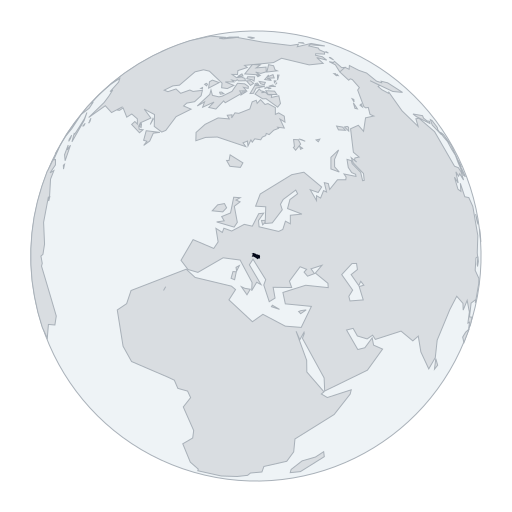 Kärnten on an orthographic globe, rotated 19°
{"feature_id": "AUT-2325", "entity_name": "Kärnten", "entity_type": "State", "adm_level": 1, "iso_a3": "AUT", "parent_name": "Austria", "parent_adm1": "", "projection": "orthographic", "projection_center": [13.787, 46.758], "detail": "fine", "context": "on_globe", "style": "filled", "palette": "ink", "viewbox_px": 512, "rotation_deg": 19, "n_neighbors": 0, "source": "natural_earth", "source_scale": "10m", "svg_char_len": 11430}
<svg xmlns="http://www.w3.org/2000/svg" viewBox="0 0 512 512"><g transform="rotate(19 256 256)"><circle cx="256" cy="256" r="225" fill="#eef3f6" stroke="#a8b0b8"/><path d="M93.4,100.1L106.3,87.7L99.6,93.8L107.0,87.1L113.7,81.4L123.5,73.8L141.5,62.9L156.4,59.1L150.2,62.1L154.5,61.3L162.6,57.6L166.9,55.5L192.7,51.6L220.1,45.7L227.1,42.0L226.9,44.7L238.9,37.1L252.7,35.0L238.2,38.7L237.5,40.2L247.3,39.1L248.7,40.4L254.3,40.9L255.1,42.8L246.6,45.3L246.9,46.8L253.9,46.0L259.1,47.8L248.8,48.6L256.8,52.0L244.0,58.0L215.8,60.7L209.6,67.4L183.1,79.5L186.4,80.6L178.5,86.6L179.4,90.4L174.2,92.1L179.5,93.7L184.0,91.5L187.8,91.7L188.8,93.8L182.4,96.1L180.9,95.4L179.6,97.2L175.9,97.5L178.3,98.6L170.3,101.4L179.5,101.9L174.4,107.0L168.7,108.1L167.6,103.6L151.8,96.4L145.8,97.0L138.4,101.7L128.0,119.4L122.0,122.2L115.2,129.1L119.2,129.3L126.0,124.1L131.8,126.7L139.4,120.6L142.9,120.9L151.4,116.8L151.9,122.3L147.7,130.1L140.7,134.0L138.7,137.7L146.8,138.3L135.1,150.2L129.8,166.6L126.5,169.5L117.6,166.6L114.0,155.3L102.5,153.5L111.7,159.8L103.4,167.6L102.8,171.3L104.3,174.2L108.1,173.4L105.7,177.4L95.6,172.1L97.7,168.3L100.9,169.9L99.1,164.9L92.3,162.2L88.6,166.8L82.2,159.3L79.5,162.7L76.6,163.3L81.3,158.3L72.7,167.4L64.6,163.0L52.7,179.5L62.4,160.4L64.8,152.9L66.5,145.6L64.5,148.1L69.5,136.3L69.4,132.4L62.5,141.1L55.2,153.9L50.3,165.4L52.0,163.5L50.2,170.6L44.6,179.0L40.4,195.5L36.9,205.0L34.7,214.9L34.3,220.7L33.3,231.1L35.0,230.0L36.7,235.2L34.2,244.4L37.1,241.0L36.7,250.2L41.5,267.2L40.5,268.0L44.2,293.3L52.2,313.6L54.0,323.8L52.7,326.1L56.3,332.6L56.5,335.4L74.5,360.6L86.7,377.8L88.3,386.7L82.0,388.3L85.4,401.6L77.2,393.1L68.0,380.1L59.7,366.4L52.3,352.3L46.0,337.6L40.8,322.6L36.6,307.2L33.5,291.5L31.6,275.7L30.8,259.8L31.0,243.8L31.3,243.0L33.2,228.1L33.8,222.6L33.2,223.3L37.1,202.8L41.0,189.3L47.8,170.0L54.8,154.7L62.9,140.0L72.1,125.9L82.3,112.6L93.4,100.1ZM49.4,183.8L44.8,208.0L44.2,199.4L44.9,199.8L46.7,192.5L49.1,181.9L49.4,175.3L49.4,183.8ZM54.6,182.8L55.1,179.4L55.1,182.1L54.6,182.8ZM168.6,54.5L162.6,57.5L154.8,60.5L159.6,57.7L168.6,54.5ZM183.7,50.2L181.3,51.6L176.7,51.7L179.5,50.8L183.7,50.2ZM231.8,39.4L226.6,40.4L231.1,39.0L231.8,39.4ZM255.0,40.6L256.0,40.0L258.4,40.5L255.0,40.6ZM150.6,114.1L150.9,115.4L149.2,115.5L150.6,114.1ZM153.9,111.2L151.5,110.4L152.8,108.9L154.2,109.4L153.9,111.2ZM261.9,44.1L265.6,45.4L260.4,44.4L261.9,44.1ZM156.5,112.7L155.3,106.4L157.5,103.9L164.7,104.0L156.5,112.7ZM266.7,46.4L275.7,50.0L278.7,48.7L275.3,54.7L268.8,49.4L261.9,48.4L266.3,47.8L266.7,46.4ZM185.1,90.0L180.2,92.3L183.4,88.4L185.1,90.0ZM186.1,87.5L190.3,76.1L197.8,74.0L194.9,78.1L204.0,74.1L205.7,78.5L201.1,81.8L195.8,82.2L200.5,83.6L186.1,87.5ZM271.9,57.7L272.8,59.1L270.3,58.2L271.9,57.7ZM189.6,91.4L189.8,89.2L196.4,87.1L197.2,91.3L194.8,90.6L189.6,91.4ZM205.6,71.0L210.7,70.4L213.4,73.8L215.8,74.0L206.4,78.5L205.6,71.0ZM193.8,92.1L197.5,93.5L195.3,96.5L189.9,93.5L193.8,92.1ZM197.7,84.9L200.9,84.2L199.4,85.9L197.7,84.9ZM189.5,108.5L189.5,105.5L193.0,104.2L189.5,108.5ZM199.1,93.8L199.8,92.7L201.2,92.0L203.1,93.5L199.1,93.8ZM209.0,80.7L209.1,82.4L213.0,79.0L215.2,81.7L208.5,84.3L212.3,84.3L213.0,85.1L206.8,86.3L209.0,80.7ZM209.1,92.7L201.4,97.3L200.6,103.0L197.5,104.3L199.4,95.1L209.1,92.7ZM208.3,88.8L208.1,91.5L204.4,91.6L202.2,89.9L208.3,88.8ZM219.1,82.7L217.4,77.9L218.9,77.5L219.1,82.7ZM209.6,94.3L211.5,93.2L210.0,94.7L209.6,94.3ZM217.0,86.1L216.2,84.4L217.9,84.0L217.0,86.1ZM215.8,92.5L213.3,93.9L211.8,92.7L215.8,92.5ZM216.9,89.5L219.5,89.4L212.7,91.4L216.3,88.8L216.9,89.5ZM218.8,86.1L219.5,85.3L218.9,86.8L218.8,86.1ZM223.1,96.5L214.9,99.3L211.5,96.5L219.9,94.1L223.1,96.5ZM159.7,384.6L142.4,352.2L149.2,343.2L149.1,329.3L194.3,291.2L205.4,296.1L242.6,292.5L247.6,294.4L244.7,306.3L274.0,319.3L281.5,308.9L306.5,312.8L322.0,308.8L324.8,285.6L299.3,291.7L293.3,281.7L312.5,267.5L334.6,262.4L332.9,258.4L317.7,252.8L321.4,243.3L312.2,250.2L317.0,253.6L311.3,258.3L306.7,255.6L308.2,252.1L301.2,251.8L295.8,268.9L300.0,274.2L282.4,280.0L287.7,289.6L283.4,294.9L272.8,280.9L272.9,275.2L254.2,260.0L252.6,266.5L270.1,281.4L265.2,280.6L263.2,290.2L260.9,282.3L242.3,265.0L225.5,268.4L206.4,290.4L196.1,290.9L186.5,284.5L191.2,261.0L213.6,262.6L215.6,255.0L209.1,242.9L216.5,244.7L216.6,240.2L224.9,240.3L234.6,229.9L242.8,229.0L244.8,215.1L249.3,213.0L246.8,221.6L249.4,227.4L269.4,225.4L272.7,222.2L272.5,213.5L278.0,214.4L275.2,206.3L285.8,201.4L270.4,200.9L269.7,191.6L275.1,183.6L272.1,180.7L263.3,193.7L262.3,199.1L265.8,203.8L260.6,219.4L254.1,222.3L249.2,206.3L239.4,209.0L239.8,196.0L263.3,167.5L274.0,161.2L295.6,169.4L294.1,175.7L285.7,175.7L295.2,183.9L293.6,179.3L298.2,180.2L298.6,172.2L301.9,172.5L296.7,164.4L300.8,164.0L304.0,169.1L308.2,157.4L316.1,154.7L315.5,152.0L312.5,149.8L324.6,148.2L323.6,146.3L319.3,146.0L314.4,142.2L310.6,135.0L315.0,134.8L316.9,137.4L327.7,142.8L332.3,150.1L333.7,149.3L330.8,143.0L317.6,136.3L314.1,132.1L320.6,134.4L317.9,133.2L317.6,131.1L321.3,128.9L314.3,126.2L304.0,104.9L310.2,99.1L317.1,103.1L314.6,89.7L321.8,85.3L317.7,85.0L313.8,79.0L311.5,80.2L309.3,79.6L298.1,66.0L298.9,63.1L289.6,57.8L287.5,57.8L286.4,59.6L275.3,54.7L278.7,48.7L283.2,49.1L282.3,45.5L292.8,47.0L301.0,47.0L313.0,51.4L318.4,51.3L317.4,50.0L324.1,49.4L341.3,53.6L331.8,55.9L306.8,53.1L317.4,54.4L316.3,56.0L320.9,57.8L328.3,59.0L328.3,57.9L346.8,71.2L367.1,80.7L362.5,74.2L365.3,72.7L384.4,80.3L414.5,106.5L418.6,106.6L422.7,109.9L427.5,116.6L421.8,111.9L421.6,114.6L417.6,111.3L423.4,121.2L418.0,116.9L425.2,127.1L428.7,128.2L425.5,120.7L434.1,132.0L438.2,131.5L444.9,138.6L459.1,164.5L464.2,181.1L465.8,184.5L464.6,186.3L467.9,198.2L474.1,204.7L475.6,209.6L478.7,229.0L477.9,225.8L474.7,230.5L477.7,244.1L480.2,243.5L481.2,251.3L480.8,255.4L479.4,249.1L478.2,250.5L476.0,239.5L470.1,229.2L469.5,239.7L467.1,233.4L458.9,228.7L456.7,243.6L454.7,276.6L458.6,293.7L456.1,306.5L443.1,293.0L435.5,278.9L431.9,285.2L417.6,279.8L396.0,296.0L392.0,292.9L388.1,298.2L377.9,298.6L371.4,292.8L365.7,296.5L382.7,311.3L388.8,307.3L392.5,295.6L396.2,302.0L406.0,302.8L398.5,327.7L364.9,361.3L360.1,349.1L326.7,318.7L326.9,313.7L326.7,313.2L326.2,312.4L324.7,320.9L318.4,314.1L337.9,338.2L341.8,349.1L364.5,362.3L362.7,365.2L369.5,366.6L389.6,351.5L390.0,355.9L381.5,380.4L352.4,416.3L355.4,428.9L351.9,440.1L332.0,452.4L331.9,458.3L321.4,463.0L319.5,466.1L310.0,470.6L294.8,475.3L270.9,478.0L270.8,476.3L261.0,472.3L247.9,457.4L255.4,448.7L253.9,441.3L236.4,422.4L240.3,411.2L235.3,406.0L225.2,406.6L219.2,400.0L212.9,399.3L172.7,396.3L159.7,384.6ZM180.6,314.4L179.8,318.7L180.6,314.4ZM359.5,267.9L371.7,262.6L363.5,251.3L367.5,248.5L363.3,245.8L362.8,250.5L352.0,242.6L356.3,235.8L353.5,230.3L349.2,231.9L343.1,245.7L358.5,256.8L356.9,263.9L359.5,267.9ZM41.8,267.6L42.1,271.5L41.0,268.8L41.8,267.6ZM42.4,201.7L42.3,205.4L41.6,208.6L41.4,206.4L42.4,201.7ZM45.1,231.6L45.7,236.5L44.3,232.9L45.1,231.6ZM44.5,211.6L44.5,228.1L42.0,222.5L42.3,212.2L43.1,217.1L44.5,211.6ZM51.3,186.1L50.8,188.9L49.8,189.8L51.3,186.1ZM54.6,184.9L54.5,184.2L55.4,181.8L54.6,184.9ZM104.1,167.9L104.8,168.5L105.5,171.9L103.6,171.4L104.1,167.9ZM118.1,181.9L113.8,188.0L115.5,183.0L112.1,183.2L111.4,173.3L124.9,170.4L118.9,173.3L118.1,181.9ZM114.3,159.9L113.2,166.1L113.8,159.4L114.3,159.9ZM209.1,216.7L212.5,220.0L210.2,225.1L199.9,227.5L203.1,220.1L209.1,216.7ZM217.9,223.6L215.8,207.7L222.1,206.0L218.9,209.6L223.3,210.0L219.3,216.0L227.4,230.3L225.9,235.8L207.7,236.6L214.5,233.1L210.7,229.9L217.9,223.6ZM199.4,174.5L198.6,168.8L213.3,172.2L212.4,177.3L202.1,179.7L197.1,175.2L199.4,174.5ZM169.6,114.6L168.3,113.0L170.1,112.2L172.7,113.0L169.6,114.6ZM189.2,107.2L177.0,121.1L174.9,119.9L170.2,130.1L163.0,130.9L166.2,124.1L157.1,132.7L157.2,127.0L151.6,133.3L159.7,118.2L159.4,113.7L162.5,118.3L169.2,117.6L172.0,115.9L179.7,108.2L182.3,98.7L189.3,96.9L193.6,98.2L194.0,100.1L189.3,100.6L193.3,102.9L186.8,105.2L189.2,107.2ZM239.8,120.0L234.1,118.7L241.1,125.8L234.6,127.2L235.8,127.9L231.8,131.3L228.9,136.9L225.8,136.8L226.0,139.0L223.3,141.5L222.6,144.6L216.7,145.6L215.4,149.6L213.4,147.9L212.6,154.6L210.5,150.1L206.9,153.2L210.8,155.9L180.7,156.1L169.7,160.3L161.6,166.6L159.1,158.7L165.0,148.1L175.2,137.8L186.1,135.1L183.0,132.3L187.3,130.3L188.0,133.4L189.5,127.5L193.3,126.7L202.3,119.0L202.2,111.5L205.5,108.7L207.4,111.3L209.4,106.7L215.2,109.8L217.7,108.0L226.0,109.4L228.2,115.8L230.8,113.3L237.2,114.6L239.8,120.0ZM225.4,97.1L229.5,103.9L228.0,108.2L214.3,104.0L211.2,105.2L202.3,103.2L204.7,97.1L207.0,98.2L209.8,97.9L208.0,99.9L211.5,98.1L214.8,99.6L218.5,98.7L218.9,101.1L225.4,97.1ZM252.2,289.8L255.9,290.2L261.4,289.3L260.1,295.6L252.2,289.8ZM239.3,278.2L242.5,277.4L243.5,285.4L239.7,285.2L239.3,278.2ZM243.4,270.4L242.6,276.7L240.8,273.2L243.4,270.4ZM249.6,220.6L252.9,219.4L253.6,221.3L252.2,224.4L249.6,220.6ZM259.0,143.1L256.0,141.2L256.7,140.0L253.6,133.6L258.2,132.3L261.8,135.7L259.0,143.1ZM321.0,290.6L317.0,296.0L314.4,294.6L316.3,293.0L321.0,290.6ZM287.5,297.2L295.6,298.8L287.1,298.9L287.5,297.2ZM263.4,140.6L261.6,138.1L265.0,139.0L263.4,140.6ZM261.3,131.1L265.2,131.5L258.4,131.4L261.3,131.1ZM385.9,423.5L368.2,445.4L358.9,449.7L358.7,446.4L366.3,434.7L377.7,426.7L383.7,419.0L385.9,423.5ZM480.8,270.2L477.8,265.4L479.0,259.8L481.3,255.6L481.3,256.0L480.8,270.2ZM459.4,294.5L463.3,300.1L461.6,304.9L459.4,294.5ZM468.0,188.8L468.9,193.8L467.8,191.8L466.0,184.2L468.0,188.8ZM450.0,144.9L454.2,151.0L455.8,153.9L454.2,152.0L450.0,144.9ZM299.6,128.8L298.8,139.0L301.3,146.1L307.4,149.5L298.5,149.3L294.7,138.3L299.6,128.8ZM303.0,107.7L297.6,105.2L300.1,103.8L301.6,104.1L303.0,107.7ZM299.7,108.0L292.9,109.9L289.9,106.9L295.9,105.9L299.7,108.0ZM278.3,124.7L277.7,127.7L275.0,126.7L278.3,124.7ZM464.0,169.4L460.4,161.7L458.7,157.8L461.9,164.5L464.0,169.4ZM421.4,105.2L419.0,103.4L416.1,99.7L418.6,102.0L421.4,105.2ZM404.2,87.4L414.5,98.2L422.3,107.7L422.2,106.6L428.2,112.8L425.8,112.0L416.8,102.0L411.7,95.8L406.4,91.5L399.8,85.4L394.3,82.2L390.0,78.9L393.4,80.0L404.2,87.4ZM392.1,81.1L380.0,74.8L376.5,70.3L378.4,70.6L385.4,75.3L386.8,77.4L392.1,81.1ZM376.1,72.1L377.3,74.1L362.2,72.0L358.2,70.6L367.8,69.1L369.5,71.1L373.8,72.6L376.1,72.1ZM275.0,58.7L273.0,59.1L273.6,57.9L275.0,58.7ZM308.1,80.5L305.2,79.5L306.0,77.9L308.1,80.5ZM297.5,76.1L298.6,78.5L295.6,76.0L297.5,76.1ZM301.5,84.2L298.2,79.5L304.0,83.9L301.5,84.2Z" fill="#d9dde1" stroke="#a8b0b8" stroke-width="1"/><path d="M253.1,256.5L253.1,256.4L253.1,256.2L253.4,256.0L253.5,255.9L253.7,256.0L253.7,255.9L253.6,255.7L253.4,255.5L253.4,255.4L253.3,255.2L253.2,255.2L253.2,254.9L253.0,254.7L252.9,254.7L253.0,254.6L253.3,254.6L253.5,254.7L253.9,254.9L254.0,254.9L254.3,254.9L254.5,254.8L254.6,254.7L254.8,254.7L255.1,254.8L255.4,254.9L255.5,254.9L255.9,255.1L256.0,255.2L256.1,255.3L256.3,255.3L256.4,255.2L256.5,255.2L256.9,254.8L257.0,254.8L257.3,254.9L257.5,255.0L257.9,254.9L258.0,255.0L258.2,254.9L258.2,255.0L258.6,254.9L258.8,254.9L259.0,254.9L259.1,255.0L259.3,255.4L259.3,255.5L259.2,255.6L259.3,255.8L259.3,256.0L259.5,256.4L259.4,256.4L259.2,256.6L258.9,256.6L258.8,256.8L258.7,256.9L258.7,257.0L258.4,257.1L258.2,257.2L258.2,257.3L258.1,257.5L258.0,257.4L257.9,257.3L257.7,257.3L257.7,257.2L257.6,257.3L257.2,257.3L257.0,257.2L256.9,257.2L256.7,257.1L256.3,257.0L256.2,257.0L255.8,256.9L255.7,256.9L255.4,256.8L255.2,256.8L254.9,256.8L254.6,256.8L254.4,256.8L254.3,256.7L254.0,256.6L253.4,256.6L253.2,256.4L253.1,256.5L253.1,256.5Z" fill="#0f172a" stroke="#020617" stroke-width="1.5"/></g></svg>